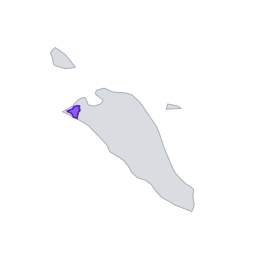 location of Tilomar, Cova Lima, East Timor, rotated 71°
{"feature_id": "22284137B39285760424005", "entity_name": "Tilomar", "entity_type": "district", "adm_level": 2, "iso_a3": "TLS", "parent_name": "East Timor", "parent_adm1": "Cova Lima", "projection": "equal_earth", "projection_center": [125.135, -9.378], "detail": "fine", "context": "in_parent", "style": "filled", "palette": "violet", "viewbox_px": 256, "rotation_deg": 71, "n_neighbors": 0, "source": "geoboundaries", "source_scale": "gbopen_adm2", "svg_char_len": 3089}
<svg xmlns="http://www.w3.org/2000/svg" viewBox="0 0 256 256"><g transform="rotate(71 128 128)"><path d="M91.4,184.5L89.3,173.8L87.0,169.2L85.3,166.6L84.7,163.3L84.8,160.0L85.8,158.4L93.3,158.0L96.3,152.5L96.3,145.9L94.8,143.6L93.3,142.7L85.6,147.6L83.3,146.8L82.0,145.0L82.5,137.6L88.9,130.8L94.3,118.3L98.1,113.4L107.0,108.7L110.6,107.4L136.4,100.5L142.6,100.1L159.0,100.3L180.9,98.8L186.3,97.8L193.3,94.8L200.1,91.1L203.7,88.1L207.5,86.0L213.2,88.7L222.7,90.7L225.3,92.5L227.7,95.0L216.6,108.1L204.3,118.9L196.8,122.2L189.1,124.4L183.1,128.6L178.1,135.2L171.7,138.9L164.5,140.1L158.4,142.1L152.8,145.9L145.0,152.6L141.9,153.2L138.6,153.1L132.1,155.6L112.1,165.1L100.1,175.6L91.4,184.5ZM28.3,170.5L38.2,163.4L53.2,158.0L52.9,162.0L51.3,168.2L49.1,171.2L45.6,176.4L43.4,177.6L34.3,176.4L33.2,177.2L31.6,176.6L29.3,173.3L28.3,170.5ZM126.7,71.5L122.7,85.7L118.2,82.7L122.9,74.7L125.2,72.3L126.7,71.5Z" fill="#d9dde1" stroke="#a8b0b8" stroke-width="1"/><path d="M90.2,169.1L90.3,169.2L90.3,169.3L90.4,169.5L90.3,169.8L90.4,170.0L90.4,170.3L90.4,170.5L90.3,171.1L90.3,171.3L90.2,171.4L90.2,171.5L90.3,171.5L90.3,171.8L90.4,172.0L90.4,172.3L90.5,172.3L90.7,172.5L90.8,172.6L90.8,172.8L91.0,173.0L91.3,173.1L91.3,173.3L91.3,173.5L91.5,173.6L91.5,173.8L91.8,173.9L91.8,174.0L92.0,174.3L92.1,174.5L92.0,174.8L92.0,175.0L91.9,175.3L91.9,175.5L92.0,175.8L92.0,176.0L92.2,176.4L92.2,176.5L92.0,176.8L92.0,177.0L92.1,177.3L92.0,177.5L92.1,177.8L92.2,178.0L92.2,178.3L92.2,178.5L92.1,178.8L92.2,179.1L92.3,179.1L92.3,179.3L92.5,179.4L92.6,179.5L92.4,179.8L92.5,179.8L92.6,180.0L92.8,180.0L93.0,179.8L93.0,179.7L93.2,179.4L93.3,179.2L93.6,178.9L93.8,178.6L94.0,178.3L94.2,178.2L94.4,177.9L94.6,177.7L94.8,177.5L94.9,177.4L95.2,177.2L95.3,177.2L95.5,177.1L95.8,176.9L96.1,176.7L96.3,176.6L96.5,176.6L96.8,176.5L97.0,176.4L97.3,176.3L97.6,176.3L97.8,176.3L98.0,176.2L98.3,176.2L98.6,176.1L98.8,176.0L99.0,176.0L99.4,176.0L99.5,176.1L99.8,176.2L100.0,176.2L100.1,175.9L100.3,175.7L100.6,175.3L100.8,175.0L101.0,174.8L101.1,174.7L101.3,174.4L101.5,174.1L101.7,173.9L101.9,173.6L102.0,173.5L102.2,173.4L102.3,173.3L102.4,173.2L102.0,173.0L102.0,172.9L101.9,172.9L101.7,172.7L101.6,172.8L101.4,172.7L101.1,172.6L100.9,172.5L100.7,172.4L100.6,172.2L100.5,171.9L100.4,171.8L100.3,171.7L100.2,171.7L99.9,171.7L99.7,171.7L99.3,171.6L99.2,171.6L98.9,171.6L98.7,171.4L98.6,171.2L98.5,170.8L98.5,170.7L98.4,170.5L98.4,170.4L98.1,170.4L97.9,170.3L97.8,170.2L97.7,170.2L97.4,170.1L97.2,170.1L96.8,169.9L96.7,169.9L96.6,169.7L96.4,169.3L96.4,169.2L96.4,168.9L96.5,168.7L96.6,168.4L96.4,168.3L96.2,168.3L96.1,168.2L95.8,168.1L95.7,168.0L95.3,167.9L95.2,167.9L95.2,167.6L95.1,167.4L94.8,167.5L94.6,167.5L94.4,167.6L94.3,167.8L94.3,167.7L94.2,167.7L94.1,167.8L93.8,167.9L93.7,167.9L93.4,167.8L93.2,167.8L93.1,167.7L92.8,167.5L92.7,167.4L92.5,167.2L92.4,167.1L92.4,166.9L92.2,166.9L91.9,166.8L91.7,166.9L91.5,166.7L91.4,166.7L91.2,166.8L91.0,167.0L91.0,167.4L91.0,167.7L91.0,167.8L91.0,168.0L90.9,168.2L90.8,168.3L90.7,168.5L90.4,168.7L90.3,168.8L90.2,169.1Z" fill="#8b5cf6" stroke="#5b21b6" stroke-width="1.5"/></g></svg>